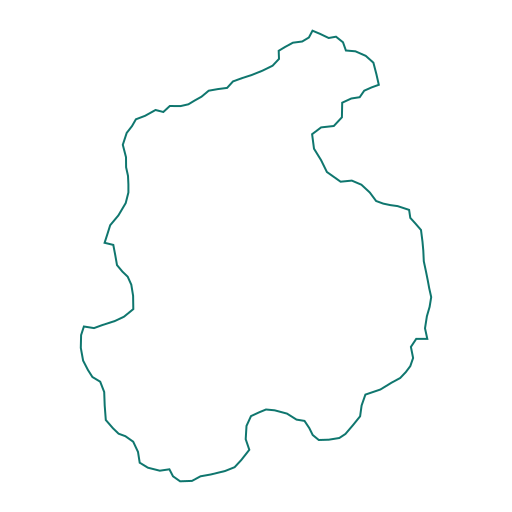 Senador Firmino, Minas Gerais, Brazil
{"feature_id": "56859067B42081947942118", "entity_name": "Senador Firmino", "entity_type": "district", "adm_level": 2, "iso_a3": "BRA", "parent_name": "Brazil", "parent_adm1": "Minas Gerais", "projection": "orthographic", "projection_center": [-43.103, -20.899], "detail": "fine", "context": "isolated", "style": "outline", "palette": "teal", "viewbox_px": 512, "rotation_deg": 0, "n_neighbors": 0, "source": "geoboundaries", "source_scale": "gbopen_adm2", "svg_char_len": 1889}
<svg xmlns="http://www.w3.org/2000/svg" viewBox="0 0 512 512"><path d="M83.9,326.5L81.1,335.1L80.8,347.9L83.1,360.6L87.9,369.9L92.4,377.0L100.2,381.7L104.2,392.0L104.7,405.5L105.8,420.0L113.0,428.3L118.6,433.7L125.4,436.2L133.2,441.7L138.0,451.9L139.7,462.7L147.9,467.7L159.8,470.7L169.4,469.3L173.0,476.3L180.1,481.3L192.0,480.9L200.5,476.3L210.7,474.5L225.1,471.0L234.6,467.2L241.2,460.1L249.3,449.8L245.7,439.2L246.5,425.9L251.0,416.1L259.2,412.3L266.0,409.5L274.6,410.3L287.0,413.6L296.5,419.6L304.5,420.9L309.3,428.1L312.7,435.0L318.8,440.0L328.8,439.7L339.3,438.0L345.4,434.0L353.0,425.1L360.1,416.3L361.6,405.5L365.4,394.6L380.4,389.5L391.5,382.7L400.2,378.0L405.8,372.1L410.3,366.1L413.1,358.0L410.9,346.9L416.2,338.9L427.3,338.9L425.0,328.3L426.9,316.2L429.6,306.9L431.2,297.1L429.2,288.2L427.8,280.6L426.1,272.1L423.8,261.3L423.3,250.7L422.5,241.8L421.0,230.0L415.4,223.5L410.3,217.9L409.1,209.9L397.6,206.1L390.3,205.1L383.2,203.6L376.1,201.0L369.8,192.5L361.4,184.7L351.8,180.6L340.6,181.7L326.9,172.0L321.1,160.2L314.0,148.7L312.1,134.2L321.1,127.4L333.8,126.0L341.9,117.3L342.2,102.7L351.3,98.5L359.7,97.2L364.2,90.7L371.6,87.4L378.8,84.8L376.4,74.2L373.4,62.7L365.8,55.9L355.4,51.3L345.9,50.5L343.0,42.3L336.0,36.7L328.7,38.0L320.1,33.9L312.5,30.7L308.9,37.5L302.2,41.5L292.9,42.7L285.0,47.0L278.7,50.8L279.0,58.9L272.6,65.7L262.4,70.7L251.7,75.0L242.4,78.0L233.0,81.4L227.1,87.9L217.8,89.1L208.7,90.7L201.5,96.7L194.7,100.5L188.4,104.3L180.5,106.1L169.8,106.0L163.3,112.0L155.5,110.0L145.1,115.8L135.9,119.3L132.0,126.1L126.7,132.9L122.8,144.8L126.0,157.2L126.1,167.3L128.0,175.9L128.4,184.4L128.4,192.5L125.7,203.1L118.4,215.4L110.2,225.2L107.4,234.1L104.6,242.8L113.3,244.9L115.3,255.4L117.0,265.1L122.4,271.6L127.7,276.7L131.3,284.7L133.1,295.8L133.3,309.1L124.0,316.7L114.9,321.0L102.2,325.1L94.0,328.1L83.9,326.5Z" fill="none" stroke="#0f766e" stroke-width="2"/></svg>